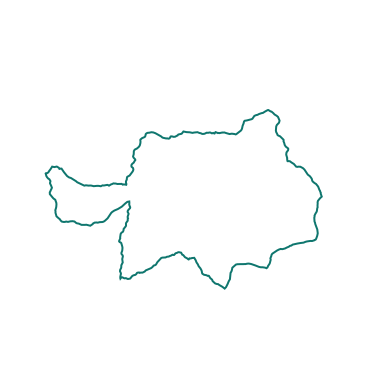 the district of Gakiling, Ha, Bhutan, rotated 38°
{"feature_id": "84629894B40252407393905", "entity_name": "Gakiling", "entity_type": "district", "adm_level": 2, "iso_a3": "BTN", "parent_name": "Bhutan", "parent_adm1": "Ha", "projection": "natural_earth1", "projection_center": [89.208, 27.137], "detail": "fine", "context": "isolated", "style": "outline", "palette": "teal", "viewbox_px": 384, "rotation_deg": 38, "n_neighbors": 0, "source": "geoboundaries", "source_scale": "gbopen_adm2", "svg_char_len": 6072}
<svg xmlns="http://www.w3.org/2000/svg" viewBox="0 0 384 384"><g transform="rotate(38 192 192)"><path d="M100.2,294.6L103.1,294.8L104.5,294.8L106.0,295.3L107.5,295.5L109.0,294.8L110.3,293.8L111.0,292.8L112.7,291.9L114.1,290.1L115.9,288.5L117.6,287.6L119.7,287.7L120.6,287.5L122.3,286.6L125.2,285.9L127.9,283.8L128.8,282.9L132.6,281.2L133.5,278.5L133.4,277.8L134.1,276.1L135.4,274.9L136.6,274.2L137.9,272.5L139.7,271.0L140.6,269.8L141.1,268.2L141.7,264.7L141.2,258.3L141.4,256.9L142.2,254.5L144.1,251.0L145.7,246.8L146.5,242.0L147.1,239.6L148.4,238.1L149.4,239.2L150.2,240.5L151.8,241.6L152.6,242.0L152.9,242.4L153.1,242.9L152.9,245.4L153.0,246.4L153.5,247.3L155.3,248.1L155.6,248.5L156.4,250.9L157.3,252.0L157.8,252.1L158.1,253.0L159.0,254.2L159.1,256.8L159.5,257.7L160.5,258.8L160.9,259.7L160.9,263.3L161.5,264.1L162.0,265.5L162.0,266.1L161.5,267.4L161.6,269.0L163.3,272.0L164.0,272.7L164.7,275.4L165.0,275.8L165.9,276.0L166.8,275.7L167.7,275.8L170.5,277.8L171.6,278.8L172.7,280.5L173.2,281.3L173.8,283.3L174.4,284.1L174.8,284.3L176.2,284.6L177.0,285.1L177.5,286.0L178.3,287.8L180.8,290.2L181.4,293.2L182.8,295.2L183.1,296.2L183.2,297.2L183.6,298.1L184.2,298.9L185.5,299.5L186.3,300.1L187.6,302.8L188.5,304.0L188.9,304.3L188.9,303.3L189.1,302.7L189.3,302.3L190.2,302.0L191.7,301.7L192.2,301.4L192.9,300.6L194.9,300.1L195.5,299.6L196.6,298.2L196.6,295.2L197.1,293.8L198.4,292.1L198.6,291.1L198.5,289.7L198.6,289.3L199.8,288.0L200.5,288.0L201.3,287.0L202.7,285.9L203.7,283.8L203.8,282.5L203.9,282.1L206.6,277.2L207.0,275.7L207.1,273.6L207.9,272.5L208.3,271.4L207.9,268.6L208.4,262.9L209.0,262.0L211.5,259.8L212.1,258.5L213.5,257.1L213.9,256.1L214.5,255.3L215.3,253.4L216.4,252.9L216.7,252.5L216.7,251.2L216.8,250.4L217.7,249.1L218.2,248.0L218.7,247.5L220.8,246.5L222.9,247.4L224.0,247.1L226.6,247.7L228.9,247.3L230.8,247.3L231.0,247.0L230.8,246.2L230.9,245.8L231.9,245.2L232.6,244.1L234.3,242.5L236.9,243.5L238.9,244.7L241.1,245.4L243.0,246.4L245.7,247.0L247.5,247.8L248.2,248.2L249.9,249.7L250.6,250.0L252.5,249.8L254.6,248.7L256.1,248.4L256.6,247.8L256.9,247.7L259.5,248.6L261.8,248.7L263.1,249.5L266.5,249.8L268.0,249.3L269.4,248.5L270.8,248.5L274.3,248.0L277.2,248.0L277.4,246.0L276.7,242.5L275.9,239.7L275.6,237.4L272.2,232.0L272.0,230.4L271.5,229.0L270.4,226.8L271.3,222.1L272.4,220.8L278.6,215.8L279.6,214.5L280.9,213.4L283.0,212.3L287.1,210.9L290.8,209.8L292.3,209.1L294.2,207.7L296.2,206.6L297.6,206.2L297.9,205.0L297.5,203.6L297.3,200.8L297.1,200.1L295.7,196.9L294.6,196.0L293.9,193.6L293.4,192.6L293.3,191.9L293.3,191.1L295.1,185.6L296.1,183.5L296.5,183.0L296.8,182.4L298.4,181.4L300.1,179.2L300.9,177.4L302.0,175.5L302.3,174.2L303.3,173.0L303.7,171.5L306.9,167.6L309.0,165.3L311.1,163.2L312.1,161.4L313.1,160.1L315.5,157.6L316.8,156.7L318.1,154.8L318.1,154.3L318.7,153.6L318.7,152.8L318.4,151.7L317.7,149.6L316.9,147.9L316.5,147.1L313.8,144.4L308.8,141.3L307.8,140.4L306.8,139.9L304.2,137.0L303.8,136.0L303.1,135.2L302.6,133.0L302.4,131.0L302.1,130.1L300.7,127.7L300.4,126.7L299.4,125.6L297.9,123.4L297.3,122.8L296.7,121.5L296.7,119.3L296.8,117.6L297.1,115.8L294.4,114.0L293.9,113.3L292.8,112.8L292.2,112.3L291.1,111.9L288.3,110.2L287.4,109.9L284.8,109.3L283.0,109.5L280.6,109.4L279.7,109.0L278.3,107.9L277.2,107.5L275.2,107.0L272.5,107.0L266.8,105.1L264.7,104.9L261.8,105.4L260.3,106.5L259.6,107.3L258.5,107.9L255.0,107.2L252.1,107.5L250.3,107.5L249.3,108.0L248.5,108.8L248.1,108.8L246.5,107.3L246.2,106.7L243.3,104.6L242.7,103.7L242.1,102.6L242.0,100.0L241.5,99.0L241.0,98.5L237.9,98.5L236.0,97.8L234.5,96.6L232.9,95.7L232.2,94.6L231.5,94.4L227.1,93.9L225.2,94.4L224.3,94.4L223.0,93.6L221.7,93.1L220.3,92.0L218.0,88.5L217.6,86.9L217.9,83.9L217.5,82.8L217.0,81.8L213.6,79.9L211.8,79.8L209.3,80.1L207.6,79.8L205.1,79.7L204.7,80.0L203.6,80.2L201.7,80.4L201.2,80.9L200.0,83.7L199.2,86.0L198.3,87.0L196.8,89.3L196.1,90.9L195.3,91.8L194.3,93.6L194.5,97.1L194.1,98.0L191.1,101.9L189.7,103.4L189.6,104.4L190.5,106.4L191.1,108.6L192.4,111.3L192.7,112.6L192.7,113.6L191.3,119.1L191.0,119.7L189.9,120.1L187.5,121.5L185.9,123.2L183.0,124.4L180.8,125.2L179.6,126.3L179.3,126.4L177.4,128.7L176.8,128.9L176.2,129.6L175.8,129.7L173.7,130.3L173.6,130.7L173.8,131.9L173.6,132.2L172.3,132.4L171.7,133.4L171.4,133.6L170.0,133.8L169.2,134.3L168.2,135.5L167.1,136.2L166.0,138.4L164.8,139.6L164.1,140.0L162.7,140.3L161.6,140.9L159.5,141.5L157.0,143.9L156.0,145.1L153.4,146.4L150.8,148.2L148.0,149.6L148.0,152.2L147.8,152.7L146.0,154.9L145.8,155.3L145.8,156.5L145.3,157.2L144.9,158.4L144.5,159.0L143.5,159.9L142.4,160.3L142.2,160.5L141.4,160.9L141.0,161.4L141.3,163.2L141.2,163.7L140.7,164.4L139.3,165.1L138.7,165.7L135.8,167.1L134.9,167.3L133.4,167.2L127.0,168.2L124.8,168.9L123.2,169.9L121.9,171.5L120.7,172.6L120.3,173.2L120.0,174.0L119.9,174.8L120.8,176.7L120.9,177.5L120.6,178.3L119.5,180.3L119.1,182.4L119.3,182.9L120.3,183.9L121.2,185.2L122.1,187.2L122.3,188.4L122.3,189.3L121.8,191.8L121.0,193.3L120.8,194.1L121.0,195.6L122.8,198.1L123.7,200.3L124.2,200.6L124.9,200.9L127.2,201.3L127.7,201.8L127.7,203.1L128.0,204.7L127.6,206.4L127.6,207.7L128.1,208.7L128.8,209.3L130.7,209.4L131.8,210.2L132.3,211.1L132.6,212.3L132.7,217.4L131.7,219.8L131.7,220.2L132.1,221.1L132.9,222.3L133.4,224.2L133.7,224.7L134.8,225.8L135.4,226.1L135.7,226.8L133.5,228.0L133.0,228.8L131.6,228.9L128.3,231.6L126.5,232.4L125.8,233.0L124.9,233.5L124.6,234.0L124.0,235.2L123.5,235.9L122.7,238.1L121.3,238.3L120.8,238.6L118.6,241.1L117.4,241.9L116.6,243.6L114.9,244.5L113.5,245.5L111.0,247.9L108.6,249.0L107.6,249.7L106.8,250.5L104.3,252.0L103.2,253.3L95.5,255.0L93.9,254.9L88.0,255.5L86.1,256.2L83.7,256.3L78.9,255.2L74.8,253.9L74.3,254.2L73.3,255.4L72.2,254.9L69.8,255.2L68.2,257.1L66.2,258.1L66.5,261.4L66.5,263.4L66.7,265.0L66.2,266.4L65.4,267.0L65.3,267.5L67.4,269.1L68.4,269.5L70.1,269.9L71.8,269.8L73.6,270.5L73.9,270.8L74.5,272.2L74.8,272.6L77.0,273.7L79.0,274.9L79.5,276.8L79.6,277.7L79.9,278.5L80.1,279.8L81.3,281.2L85.7,282.2L87.0,282.4L89.0,282.3L91.8,284.1L92.8,285.2L94.2,287.3L94.8,288.6L95.5,290.5L96.3,291.2L97.2,292.4L100.2,294.6Z" fill="none" stroke="#0f766e" stroke-width="2"/></g></svg>